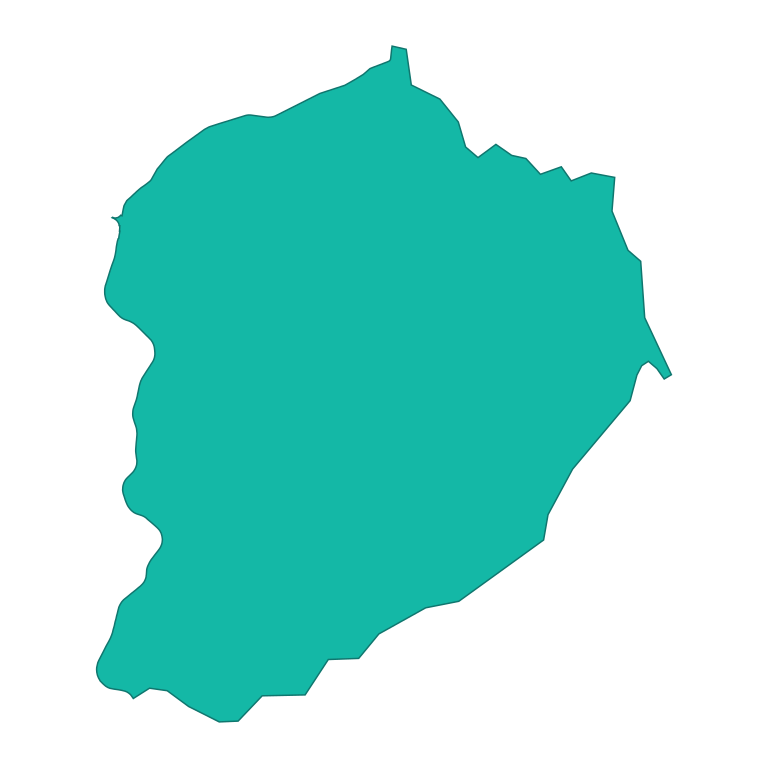 the district of Cerro Chato, Treinta y Tres, Uruguay
{"feature_id": "84410073B20203965418101", "entity_name": "Cerro Chato", "entity_type": "district", "adm_level": 2, "iso_a3": "URY", "parent_name": "Uruguay", "parent_adm1": "Treinta y Tres", "projection": "natural_earth1", "projection_center": [-55.112, -33.151], "detail": "fine", "context": "isolated", "style": "filled", "palette": "teal", "viewbox_px": 768, "rotation_deg": 0, "n_neighbors": 0, "source": "geoboundaries", "source_scale": "gbopen_adm2", "svg_char_len": 5122}
<svg xmlns="http://www.w3.org/2000/svg" viewBox="0 0 768 768"><path d="M392.1,46.1L391.6,49.5L390.7,58.2L390.4,59.7L389.5,60.9L387.6,61.8L374.5,66.8L373.7,67.1L370.0,68.6L363.2,74.5L354.5,79.8L344.8,85.3L328.3,90.7L319.8,93.5L275.4,115.9L274.1,116.4L273.0,116.7L272.1,116.9L270.7,117.1L269.4,117.2L268.2,117.3L266.8,117.2L251.1,115.1L249.6,115.0L248.5,115.0L246.9,115.2L245.5,115.5L218.7,123.8L210.0,126.6L208.7,127.1L205.8,128.7L205.0,129.1L204.2,129.6L203.1,130.4L186.6,142.3L183.2,144.9L171.4,153.8L168.0,156.3L167.0,157.2L165.9,158.5L164.7,159.9L159.1,166.8L157.3,168.9L155.9,171.4L153.3,176.0L152.4,177.6L151.6,179.1L151.0,180.0L150.5,180.6L149.8,181.3L146.7,183.8L143.7,186.0L141.6,187.4L140.9,187.9L140.1,188.6L139.0,189.5L138.0,190.4L136.6,191.6L135.2,193.0L133.5,194.5L130.7,197.2L127.8,199.7L127.2,200.3L127.0,200.5L126.7,200.8L124.1,205.5L123.9,206.2L123.2,209.4L122.6,212.6L122.0,215.8L121.5,215.6L121.0,215.3L120.7,215.2L120.2,215.8L119.7,216.3L119.1,216.7L118.3,217.3L117.9,217.5L116.2,217.9L115.3,218.0L114.9,218.0L114.2,217.9L113.3,217.6L112.8,217.4L112.6,217.3L112.1,217.7L112.3,217.8L113.2,218.2L114.0,218.5L114.7,219.0L115.5,219.5L116.2,220.0L117.0,220.8L117.5,221.4L117.9,222.0L118.5,223.0L118.9,224.0L119.1,224.9L119.1,225.6L119.8,225.7L119.7,228.6L119.5,231.2L119.9,231.2L119.0,236.0L118.7,238.3L118.2,238.6L117.4,241.2L116.4,246.5L115.9,250.8L115.3,254.3L114.9,256.1L114.4,258.2L113.6,260.6L111.9,265.2L110.2,270.3L108.2,276.8L106.8,281.3L105.8,284.4L105.3,285.8L105.1,287.0L104.9,288.0L104.7,289.6L104.7,291.0L104.7,292.7L104.8,294.3L105.1,296.0L105.4,297.4L105.5,297.8L105.7,298.8L106.2,300.0L106.7,301.3L107.2,302.4L108.0,303.6L108.8,304.7L109.6,305.6L110.4,306.5L111.5,307.6L113.0,309.3L114.7,311.0L116.5,313.0L118.0,314.6L119.0,315.6L119.6,316.2L120.3,316.9L121.1,317.4L121.8,318.0L122.9,318.6L124.0,319.2L124.8,319.5L126.0,320.0L128.5,320.8L130.2,321.5L131.2,322.0L132.1,322.5L133.2,323.1L134.4,323.9L135.5,324.8L136.4,325.5L137.3,326.4L138.3,327.3L139.8,328.8L142.4,331.4L145.4,334.4L146.7,335.7L148.5,337.4L149.5,338.5L150.3,339.3L151.1,340.1L151.6,340.9L152.1,341.6L152.6,342.5L153.0,343.3L153.5,344.4L153.9,345.6L154.2,346.7L154.4,347.8L154.7,350.4L154.9,352.8L154.9,353.8L154.9,354.8L154.7,356.0L154.5,357.3L154.1,358.6L153.6,360.0L152.9,361.4L152.1,362.7L151.2,364.0L150.3,365.5L147.8,369.3L146.1,371.9L144.4,374.6L143.1,376.6L142.5,377.6L142.0,378.4L141.5,379.6L140.9,380.7L140.3,382.5L139.8,384.1L139.5,385.2L139.2,386.6L138.7,389.0L138.2,391.5L137.6,394.2L137.3,396.0L136.8,398.0L136.3,399.9L135.5,402.2L134.7,404.5L134.0,406.5L133.5,408.0L133.1,409.5L132.9,410.9L132.8,412.5L132.7,414.1L132.8,415.9L133.1,417.7L133.7,419.7L134.5,422.4L135.7,425.8L136.2,427.4L136.5,428.6L136.7,430.3L136.9,432.3L137.0,433.6L136.9,435.8L136.7,437.6L136.5,440.2L136.3,442.0L136.1,444.3L135.9,447.1L135.7,449.8L135.7,451.4L135.9,453.3L136.2,455.6L136.5,458.0L136.7,459.3L136.9,460.4L136.9,461.8L136.8,463.3L136.6,465.0L136.0,466.8L135.4,468.3L134.5,469.9L133.7,471.2L132.7,472.4L131.5,473.6L129.5,475.6L127.5,477.5L126.6,478.5L125.8,479.4L125.2,480.3L124.6,481.4L123.9,482.8L123.4,484.4L123.0,485.8L122.8,487.2L122.7,488.9L122.6,490.0L122.8,491.3L123.0,492.6L123.3,493.9L123.6,494.8L124.2,496.6L125.3,500.1L126.1,502.2L127.0,504.3L127.8,505.9L128.8,507.4L130.2,509.2L131.5,510.6L132.6,511.5L133.9,512.5L135.4,513.3L136.8,513.9L139.6,514.8L141.1,515.3L142.2,515.7L143.3,516.2L144.3,516.7L145.2,517.3L146.3,518.1L147.5,519.3L149.8,521.2L151.8,522.9L154.8,525.5L156.9,527.4L158.0,528.5L158.8,529.4L159.7,530.5L160.4,531.7L161.1,533.1L161.6,534.7L162.0,536.3L162.2,537.7L162.4,539.2L162.3,540.9L162.1,542.5L161.8,543.9L161.2,545.5L160.4,547.3L159.4,548.9L158.0,550.8L156.2,553.1L154.8,554.9L152.4,558.1L151.2,559.6L150.3,561.1L149.5,562.4L148.9,563.7L148.0,565.5L147.4,567.0L147.0,568.3L146.7,569.7L146.6,571.3L146.4,574.3L146.2,575.7L146.1,576.8L145.9,577.7L145.5,578.9L145.0,580.1L144.3,581.6L143.3,583.0L142.5,584.0L141.4,585.1L140.3,586.2L138.5,587.6L135.7,590.0L131.5,593.3L127.8,596.4L125.3,598.4L123.5,599.9L122.7,600.8L121.9,601.7L121.2,602.7L120.6,603.7L119.9,604.9L119.4,606.0L118.8,607.3L118.5,608.6L118.1,610.1L117.7,611.7L117.3,613.5L116.6,615.9L116.1,618.4L115.1,622.0L114.3,625.8L113.2,629.6L112.5,632.6L111.6,635.2L111.0,636.6L110.6,637.7L108.9,641.1L106.0,646.3L103.5,651.3L100.4,657.3L98.8,660.4L97.8,662.7L97.2,665.3L96.7,667.6L96.6,669.6L96.8,672.2L97.4,675.1L98.5,677.9L100.3,681.1L103.3,684.1L105.6,686.1L107.7,687.4L109.9,688.3L114.0,689.1L118.3,689.7L121.5,690.3L124.8,691.1L126.8,691.9L128.6,693.0L130.5,694.6L131.7,696.2L133.3,698.5L149.5,688.2L167.2,690.7L188.6,706.5L219.2,721.9L238.1,721.1L262.2,695.8L305.1,694.9L328.3,659.5L358.7,658.4L378.9,633.9L425.7,607.8L458.8,601.3L543.6,540.0L548.0,514.7L572.6,469.1L630.1,400.7L636.9,375.1L641.7,365.7L648.4,361.3L656.9,368.6L664.2,379.0L671.4,374.7L644.7,317.7L640.7,261.3L628.0,250.3L612.0,211.1L614.7,177.4L591.3,173.0L571.2,180.9L561.3,166.8L540.4,174.3L525.9,158.5L511.7,155.4L495.9,144.4L478.0,157.6L465.6,147.0L458.3,122.0L439.9,99.1L411.3,85.0L406.2,49.3L392.1,46.1Z" fill="#14b8a6" stroke="#0f766e" stroke-width="1.5"/></svg>